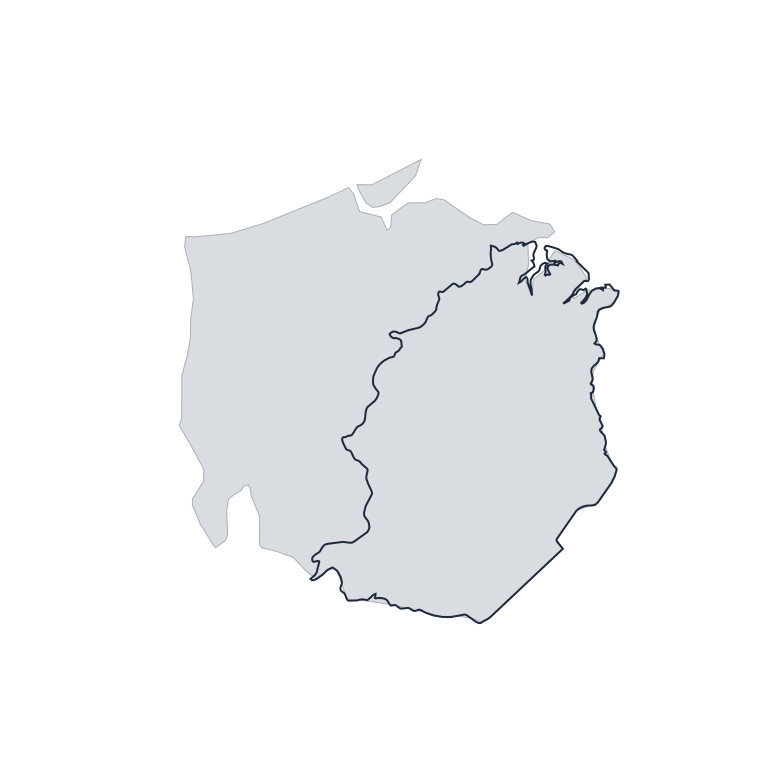 Northern highlighted on a map of Sierra Leone, rotated 137°
{"feature_id": "SLE-762", "entity_name": "Northern", "entity_type": "Province", "adm_level": 1, "iso_a3": "SLE", "parent_name": "Sierra Leone", "parent_adm1": "", "projection": "mercator", "projection_center": [-12.175, 9.121], "detail": "fine", "context": "in_parent", "style": "outline", "palette": "slate", "viewbox_px": 768, "rotation_deg": 137, "n_neighbors": 0, "source": "natural_earth", "source_scale": "10m", "svg_char_len": 7741}
<svg xmlns="http://www.w3.org/2000/svg" viewBox="0 0 768 768"><g transform="rotate(137 384 384)"><path d="M618.8,379.2L618.4,384.1L613.9,406.6L606.9,425.9L602.3,430.7L582.5,435.8L574.0,444.3L566.8,471.8L562.1,493.3L555.3,496.9L526.2,528.0L507.2,539.8L494.0,549.9L481.4,563.1L465.6,576.0L448.7,597.6L436.5,620.1L428.3,627.1L422.1,620.7L393.1,598.5L362.7,583.7L297.7,558.8L276.1,551.9L276.9,543.0L284.3,526.9L272.2,508.0L276.9,494.2L272.2,494.2L262.9,502.5L243.1,500.1L230.0,488.3L219.3,484.0L214.6,478.0L207.7,446.8L202.7,432.6L192.8,423.9L172.9,421.8L164.7,402.7L153.6,387.9L155.4,378.8L164.4,379.3L171.5,385.9L182.8,388.7L196.9,372.7L209.6,364.0L212.5,356.4L211.0,352.3L203.3,358.7L182.3,357.1L177.1,362.9L167.8,364.8L160.5,346.0L160.9,335.0L163.8,322.9L185.0,320.8L186.8,316.9L172.1,314.3L153.8,300.1L150.5,290.4L159.6,287.1L168.3,288.5L175.8,290.6L184.0,287.2L191.7,281.8L196.3,275.0L202.5,256.6L222.3,250.5L234.0,239.3L245.2,221.8L250.3,209.5L254.8,203.4L257.7,198.1L259.9,192.3L264.8,187.0L270.1,174.0L273.6,162.1L285.1,156.5L308.4,151.5L329.5,160.1L363.7,152.6L365.5,141.5L396.8,141.3L433.8,141.1L464.7,140.9L475.3,143.9L479.1,152.2L489.3,165.1L499.9,174.1L513.0,193.8L528.3,216.7L544.8,237.4L555.4,248.6L556.6,252.5L555.9,257.0L550.6,267.5L546.2,278.9L546.6,283.1L549.8,285.3L567.0,288.8L568.6,301.5L568.6,319.0L577.0,335.3L585.0,347.3L584.6,351.6L565.1,372.1L557.5,392.5L553.6,398.2L552.1,402.8L556.0,404.9L561.3,403.6L568.9,405.3L576.1,405.9L585.6,398.6L601.5,379.9L606.8,377.6L618.8,379.2ZM269.8,544.0L267.5,548.1L257.2,538.0L203.6,522.9L218.7,514.8L255.9,512.5L267.0,517.1L271.9,521.1L273.8,528.5L269.8,544.0Z" fill="#d9dde1" stroke="#a8b0b8" stroke-width="1"/><path d="M464.8,141.0L468.8,141.4L474.1,143.0L476.2,143.2L477.9,144.7L479.1,148.2L481.2,158.6L482.3,160.5L493.9,167.8L500.3,174.0L505.7,181.0L509.4,188.1L511.2,193.5L512.2,195.0L513.0,195.5L515.6,196.5L516.6,197.3L517.3,198.5L518.3,202.6L519.5,204.2L523.4,207.0L525.0,208.5L525.5,209.8L526.3,214.2L527.4,215.6L529.0,216.4L530.2,217.4L530.0,219.6L529.2,223.6L529.9,226.4L531.5,228.7L533.9,231.3L536.3,232.9L536.6,233.8L534.9,234.9L533.4,236.3L535.4,237.0L538.1,237.1L539.1,236.9L540.7,237.1L542.3,237.1L543.8,237.4L545.6,240.2L547.5,241.9L549.6,243.3L551.2,244.0L557.8,249.8L558.0,251.8L555.8,257.3L555.8,258.6L556.5,261.3L556.3,262.8L555.0,264.6L553.4,265.6L551.6,266.4L550.1,267.5L547.3,272.4L545.6,279.2L546.7,284.9L552.3,286.6L558.8,286.4L564.9,287.1L568.6,288.1L570.4,289.6L570.7,291.6L564.7,291.4L562.0,292.0L552.6,298.1L552.4,298.7L553.0,299.7L556.5,301.7L557.0,302.4L557.0,303.3L556.0,304.9L555.1,305.6L554.0,306.0L552.0,306.2L550.1,306.0L546.6,305.3L545.6,305.3L544.6,305.4L540.0,306.7L538.2,306.9L537.0,306.8L536.1,306.5L534.0,305.4L522.1,296.8L521.0,295.8L518.1,292.1L515.9,290.0L514.9,289.5L513.5,289.2L497.6,287.1L495.3,287.6L493.8,288.2L492.2,289.4L490.0,292.6L489.4,294.1L489.0,295.9L488.7,299.8L488.1,301.3L487.2,302.6L486.1,303.7L481.5,306.7L480.1,307.4L468.7,311.4L467.3,312.2L466.4,313.5L463.5,322.3L461.5,326.7L460.5,327.9L459.2,329.0L455.6,331.4L454.4,332.6L454.1,333.3L454.8,340.0L454.7,343.9L455.1,345.5L456.3,347.6L456.5,349.3L456.2,351.1L454.6,355.9L454.3,357.6L454.4,358.4L454.7,359.1L455.6,360.4L455.9,361.1L456.1,362.5L454.0,369.2L453.1,371.0L452.2,372.2L451.4,372.8L450.5,372.9L449.8,372.7L448.1,371.2L445.8,370.7L445.1,370.3L444.0,369.3L442.5,368.7L441.7,368.7L433.9,370.7L432.1,370.7L428.9,369.7L426.6,369.6L424.8,369.8L422.9,370.7L420.4,372.5L417.0,375.6L413.5,377.9L411.2,378.4L402.4,377.9L398.8,378.6L395.4,380.2L394.5,380.8L394.0,381.3L393.6,382.1L393.2,386.9L392.4,390.4L391.8,391.6L390.7,393.0L387.1,396.4L386.0,397.1L378.8,400.2L375.9,401.0L371.8,401.3L367.9,401.0L362.0,399.5L359.2,397.8L358.1,397.4L357.0,397.7L355.4,398.6L354.3,398.9L353.4,398.9L351.4,398.4L348.9,398.6L347.5,399.1L345.6,399.1L342.4,403.3L341.9,404.8L341.9,405.6L342.2,406.3L343.7,409.2L344.1,409.8L345.4,410.5L345.8,411.1L346.4,412.7L346.5,414.3L346.2,416.0L345.6,416.9L342.6,416.5L341.8,416.2L341.1,415.8L339.6,414.0L338.4,410.9L337.9,410.3L337.3,409.8L329.6,406.8L320.1,401.4L319.0,401.0L315.9,400.6L313.6,400.6L312.3,400.7L311.2,401.0L306.8,403.0L305.5,403.2L304.5,403.0L303.1,402.3L301.9,402.1L297.4,402.2L296.0,402.5L294.9,402.9L293.8,404.0L291.4,405.6L286.0,408.1L285.0,409.2L283.5,412.4L282.7,413.1L281.2,413.9L280.3,413.8L279.8,413.3L279.0,411.8L277.7,411.0L265.8,410.4L264.8,410.1L263.8,408.8L263.3,407.2L263.1,404.4L262.6,403.9L262.0,403.4L260.5,402.8L257.7,402.4L254.9,402.5L253.5,402.1L252.7,401.5L251.9,400.1L250.5,399.4L249.6,399.2L240.3,399.4L238.9,399.6L235.7,401.3L234.6,401.4L233.7,401.2L233.2,400.6L232.5,399.2L231.5,398.0L230.5,397.5L229.0,397.0L226.1,396.7L224.7,396.9L223.6,397.3L223.1,397.8L221.2,401.3L218.5,405.0L215.9,407.8L214.1,409.3L211.5,412.3L209.5,409.1L208.9,406.9L209.1,404.0L209.0,403.1L208.7,402.4L207.2,401.6L204.9,400.9L195.2,399.0L194.2,398.1L192.6,397.0L190.0,396.7L189.4,396.5L190.8,396.3L190.8,395.2L188.9,394.8L187.3,394.0L186.1,392.7L185.5,390.9L187.6,390.9L187.6,389.8L183.1,388.8L178.8,387.3L176.5,384.9L178.0,381.1L179.8,379.8L184.5,377.9L186.5,376.8L187.6,375.3L188.6,373.5L189.8,372.7L191.9,373.6L191.8,371.8L192.3,370.1L193.1,368.5L194.0,367.2L195.5,367.6L205.8,368.3L208.8,369.1L210.5,369.3L211.8,368.8L214.9,366.7L216.3,366.0L213.5,365.4L210.2,365.8L207.2,365.5L206.9,363.7L206.8,363.8L209.8,360.1L215.4,347.7L211.5,352.5L209.0,356.8L205.9,360.0L200.4,361.7L197.6,361.5L195.3,361.1L193.2,361.1L189.2,363.5L186.4,363.8L183.8,362.9L182.2,360.7L185.7,360.1L187.6,358.1L189.1,355.9L191.9,354.2L191.9,353.1L189.7,352.6L189.1,352.0L188.6,350.9L187.6,350.9L186.2,355.8L185.1,357.7L183.3,358.5L180.8,357.7L178.6,355.8L175.8,352.0L174.2,352.9L173.0,352.7L172.1,351.7L171.5,350.0L170.7,352.6L172.0,354.4L174.4,355.5L176.9,356.3L174.8,357.4L179.1,360.6L179.3,364.1L177.0,367.5L173.7,370.3L174.4,371.6L174.4,373.0L173.6,374.1L172.0,374.6L170.8,374.1L169.8,372.9L165.7,366.0L164.5,363.5L163.5,358.9L162.3,356.0L160.7,353.3L159.2,351.5L158.5,349.8L158.4,347.2L158.7,342.3L159.4,342.3L158.7,325.6L163.0,320.6L164.8,320.2L165.5,320.8L166.0,321.8L167.3,322.8L179.2,322.7L181.7,322.3L184.9,320.9L189.3,320.5L198.3,320.6L191.9,318.7L190.8,319.1L189.7,320.0L187.0,320.0L184.1,319.4L182.2,318.6L180.5,319.3L178.0,319.8L175.8,319.6L174.8,318.0L174.3,316.8L173.2,316.5L172.1,316.5L171.5,316.3L171.4,315.1L171.8,314.6L172.3,314.3L173.8,311.3L177.0,309.8L180.8,309.1L184.4,308.9L184.4,307.7L181.6,306.9L178.1,307.5L171.5,309.9L167.9,310.3L164.0,309.4L160.9,307.2L159.8,303.4L159.2,304.1L158.9,304.2L158.7,304.5L158.7,305.7L156.4,303.4L155.5,303.6L154.5,305.7L151.2,303.0L151.7,295.5L149.2,292.6L149.2,291.6L152.9,288.9L159.7,286.8L163.8,286.1L166.2,286.6L172.1,290.4L175.7,291.6L178.0,291.2L182.7,287.7L188.7,284.8L191.6,283.0L193.7,280.4L195.7,275.4L197.0,273.1L198.5,271.0L199.4,270.5L202.4,270.1L202.2,268.8L200.1,266.2L199.4,264.6L200.1,260.1L202.6,255.2L205.8,252.9L208.9,256.1L212.3,254.2L215.3,254.0L218.3,254.2L221.6,253.7L224.2,251.5L227.9,245.3L230.6,243.9L232.7,243.3L232.8,242.1L232.2,240.7L232.2,239.5L233.4,237.8L234.3,237.0L236.9,235.5L237.6,235.6L238.4,236.2L239.2,236.3L240.2,234.4L241.8,232.9L242.5,231.9L247.8,214.8L247.8,214.0L247.5,213.3L247.6,212.6L249.7,211.8L250.2,211.5L250.5,211.1L250.9,210.4L252.3,205.2L253.0,203.9L254.5,203.3L256.0,203.5L257.2,203.4L257.9,202.1L258.0,195.4L258.5,194.9L261.1,190.4L262.5,188.9L267.3,186.0L267.8,185.9L268.0,185.3L268.0,183.3L268.3,182.6L269.9,182.7L270.4,182.3L270.3,181.5L269.6,179.3L271.7,167.6L271.7,165.9L271.5,164.8L271.6,163.9L272.6,162.4L278.2,159.1L285.2,156.5L308.6,151.5L312.2,151.7L315.0,153.5L317.8,156.1L321.5,158.4L324.5,159.5L327.0,160.0L329.7,160.1L363.8,152.7L364.9,151.2L365.6,141.5L464.8,141.0Z" fill="none" stroke="#1e293b" stroke-width="2"/></g></svg>